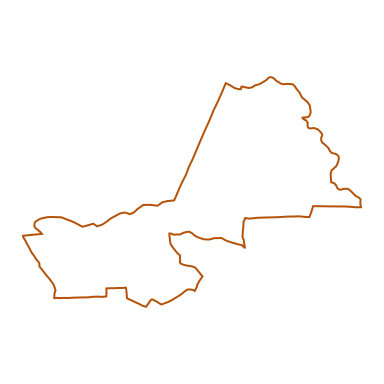 Al-Amara, Maysan, Iraq
{"feature_id": "34846034B34105115765151", "entity_name": "Al-Amara", "entity_type": "district", "adm_level": 2, "iso_a3": "IRQ", "parent_name": "Iraq", "parent_adm1": "Maysan", "projection": "albers", "projection_center": [47.067, 32.106], "detail": "fine", "context": "isolated", "style": "outline", "palette": "amber", "viewbox_px": 384, "rotation_deg": 0, "n_neighbors": 0, "source": "geoboundaries", "source_scale": "gbopen_adm2", "svg_char_len": 4381}
<svg xmlns="http://www.w3.org/2000/svg" viewBox="0 0 384 384"><path d="M361.0,207.2L360.8,206.3L360.3,202.9L360.5,200.9L360.5,199.3L359.5,198.1L358.1,197.3L355.7,196.0L354.4,194.7L352.4,192.6L349.7,190.1L348.0,188.9L346.5,188.8L344.7,188.8L342.7,189.1L341.0,189.7L339.1,189.5L337.6,188.5L336.5,186.3L335.8,184.8L334.9,183.9L333.8,183.0L332.0,182.6L331.1,182.0L331.1,180.2L330.9,178.3L330.7,176.0L330.6,173.6L331.0,172.3L331.4,171.2L332.1,169.7L333.4,169.0L334.7,167.5L335.9,166.6L337.0,164.8L337.4,163.8L337.9,162.3L338.5,160.8L338.7,159.1L338.9,157.5L338.3,155.9L336.6,154.4L334.4,153.5L332.7,153.3L331.3,152.5L329.7,150.8L328.7,148.3L327.1,146.8L325.1,144.7L322.4,142.8L321.3,140.7L321.1,138.9L321.4,137.1L322.2,135.5L322.2,134.5L321.6,133.3L320.9,132.4L317.9,129.4L316.6,129.0L314.3,128.1L312.8,128.1L311.3,128.4L309.9,128.4L308.6,128.0L307.9,127.2L307.6,125.9L307.6,124.5L307.6,122.4L307.0,121.7L306.1,120.4L305.2,120.1L303.4,119.0L302.5,117.8L303.0,117.5L304.0,117.5L306.2,117.4L307.4,117.2L308.8,116.5L310.0,114.7L310.6,112.7L310.6,110.7L310.2,108.6L309.8,105.4L308.7,103.8L307.3,101.9L305.6,100.5L304.0,99.0L302.5,98.0L301.3,96.2L300.3,94.0L299.3,92.2L298.2,90.9L296.3,88.6L294.8,86.3L293.2,84.6L292.5,84.3L291.4,84.2L289.6,84.0L286.4,83.9L284.7,84.2L282.3,84.1L280.3,83.3L278.4,82.0L276.3,80.8L274.2,78.7L272.3,77.5L271.3,77.2L270.0,77.2L268.8,77.7L267.6,78.7L266.2,80.1L263.3,81.9L260.8,83.5L257.8,84.7L255.5,85.2L254.3,85.9L252.0,87.4L248.8,88.0L244.3,87.1L242.2,86.5L241.2,87.0L241.2,88.2L240.8,89.2L239.4,89.2L238.2,89.1L234.3,87.9L230.1,85.2L225.7,83.2L222.6,90.8L218.1,101.0L213.6,110.3L209.3,120.7L204.1,132.2L199.4,143.1L196.2,150.8L192.3,159.9L188.9,166.8L186.1,174.5L182.0,182.5L179.1,188.9L176.3,195.6L174.2,200.4L167.3,201.1L162.2,202.4L157.7,205.7L149.8,204.8L143.1,205.0L141.9,205.9L137.8,208.8L133.5,212.7L129.9,214.1L124.8,212.5L120.1,213.4L116.0,215.6L111.1,218.2L106.6,221.7L102.3,224.6L97.0,226.3L93.4,223.7L88.2,225.2L84.7,226.2L83.3,226.6L82.1,226.6L75.1,222.8L70.3,220.7L68.2,220.0L61.3,217.3L56.0,217.1L51.5,217.0L47.1,217.2L40.5,218.7L37.5,220.3L35.5,221.7L34.8,222.4L34.4,224.7L34.4,226.3L35.3,227.9L38.3,230.3L41.1,232.8L41.9,233.9L40.0,234.1L33.6,234.7L27.3,235.3L27.0,235.4L23.0,235.8L23.2,237.1L25.1,240.2L27.5,244.9L28.6,246.7L31.6,252.5L34.4,256.3L35.9,258.9L38.9,262.5L39.4,263.6L39.4,264.3L39.4,265.4L39.6,266.7L41.3,268.8L44.9,273.4L50.1,279.7L53.5,284.4L54.6,287.3L55.5,290.6L54.4,293.7L54.3,298.1L57.2,297.9L60.5,298.1L64.3,297.9L67.9,298.0L72.7,297.7L76.8,297.6L79.8,297.5L82.8,297.4L87.7,297.4L92.6,296.8L97.8,296.6L100.5,296.8L102.0,296.9L106.3,296.4L106.5,293.0L106.4,288.4L110.4,288.2L114.1,288.2L117.6,288.0L122.4,288.0L125.9,287.7L126.4,290.9L126.7,294.4L127.0,298.2L129.0,299.3L132.1,300.6L135.1,302.1L138.5,303.6L142.7,305.8L146.0,306.8L146.9,305.6L148.7,303.2L150.2,300.7L152.0,299.3L153.3,299.9L156.2,301.3L159.1,303.2L161.5,304.5L165.3,303.0L168.1,302.0L171.3,300.4L174.8,298.3L177.5,296.7L180.2,295.0L182.6,293.2L184.9,291.2L187.4,289.6L190.2,289.4L193.2,290.0L194.7,291.0L196.9,286.7L197.0,286.0L197.4,284.4L198.3,282.8L199.4,280.9L200.4,279.5L201.9,277.2L202.5,276.4L201.9,275.6L199.1,272.3L196.4,268.9L195.1,267.5L194.5,267.2L191.6,266.3L189.6,266.0L186.3,265.5L183.9,264.9L181.3,263.9L179.9,262.7L180.1,260.1L180.0,257.9L179.9,255.3L178.4,254.1L176.9,252.6L175.3,250.6L172.6,247.1L170.6,244.2L170.2,241.8L169.9,239.2L169.6,237.1L169.4,235.0L169.4,233.5L171.4,233.6L172.8,234.4L174.7,234.7L177.1,234.4L178.7,234.5L179.8,234.5L181.0,234.1L182.1,233.4L183.9,232.6L184.7,232.5L186.2,232.0L187.7,231.9L189.3,231.7L190.3,232.3L192.3,233.4L194.6,235.5L198.1,237.4L201.1,238.4L203.8,239.3L205.8,239.4L208.5,239.6L211.4,239.0L213.5,238.4L213.8,238.2L215.3,238.1L216.9,238.1L219.1,238.1L220.7,237.9L222.3,238.4L224.5,239.7L226.2,240.6L227.6,241.2L229.8,241.8L232.4,242.8L234.4,243.2L236.4,243.8L239.4,244.6L241.8,245.1L242.4,245.8L243.5,246.7L244.3,247.6L244.8,247.6L244.8,246.7L244.6,245.8L244.1,243.4L243.9,241.7L243.8,240.0L243.1,238.5L242.5,236.9L242.6,235.3L242.8,232.7L242.8,230.4L243.4,226.4L243.4,223.4L243.6,221.6L244.6,219.7L245.2,218.0L248.0,218.5L250.0,218.6L253.7,218.2L257.2,217.8L266.0,217.5L277.8,217.2L286.9,216.6L294.6,216.5L298.6,216.3L303.9,216.8L309.4,217.1L311.0,213.0L313.1,206.2L318.4,206.2L331.6,206.4L345.6,206.5L352.8,207.0L356.3,207.3L361.0,207.2Z" fill="none" stroke="#b45309" stroke-width="2"/></svg>